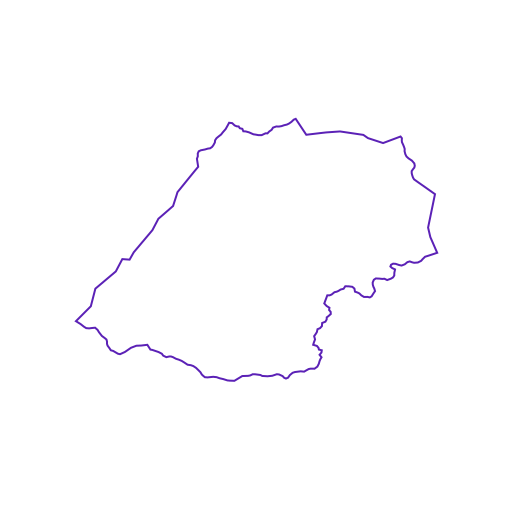 Alto Longá, Piauí, Brazil, rotated 57°
{"feature_id": "56859067B34833436466805", "entity_name": "Alto Longá", "entity_type": "district", "adm_level": 2, "iso_a3": "BRA", "parent_name": "Brazil", "parent_adm1": "Piauí", "projection": "robinson", "projection_center": [-42.12, -5.395], "detail": "fine", "context": "isolated", "style": "outline", "palette": "violet", "viewbox_px": 512, "rotation_deg": 57, "n_neighbors": 0, "source": "geoboundaries", "source_scale": "gbopen_adm2", "svg_char_len": 3328}
<svg xmlns="http://www.w3.org/2000/svg" viewBox="0 0 512 512"><g transform="rotate(57 256 256)"><path d="M352.0,102.3L335.1,99.5L325.9,96.2L301.6,72.2L282.9,79.7L277.8,81.7L275.7,81.6L273.3,81.0L271.3,80.3L269.6,79.2L268.7,77.0L268.1,75.1L266.8,73.7L264.6,72.8L260.9,73.3L257.2,74.9L254.5,75.6L251.9,75.3L249.0,74.3L247.2,73.0L245.4,72.5L242.9,72.0L240.0,71.6L238.3,70.7L236.7,69.5L234.5,69.7L233.3,75.2L231.5,83.3L230.5,87.9L218.1,97.9L212.9,100.0L197.3,117.7L190.6,129.8L187.8,135.4L181.7,147.8L162.6,148.0L162.2,150.1L162.8,153.2L162.9,156.2L162.6,158.5L161.6,161.3L161.0,163.8L160.0,166.1L158.4,168.5L157.6,171.8L158.7,174.2L158.8,177.2L159.4,179.6L158.3,181.2L157.7,185.5L155.9,188.2L154.0,190.2L152.5,191.9L148.5,194.5L145.9,196.8L144.5,198.7L141.9,198.2L140.0,200.0L137.9,200.0L136.8,201.5L134.9,202.8L131.6,203.6L129.6,206.0L130.9,208.3L133.0,212.3L134.2,216.5L135.1,219.1L135.4,222.5L135.7,225.0L136.7,227.3L138.4,228.7L139.9,231.5L140.6,233.4L140.7,235.8L139.7,237.9L138.9,240.7L137.3,244.7L137.0,247.0L138.3,249.0L140.7,250.5L142.3,252.6L149.7,255.9L151.2,260.8L153.8,268.9L159.7,287.1L161.9,289.7L168.9,298.3L171.2,314.6L171.6,317.6L172.8,319.7L176.1,325.6L177.9,328.8L186.3,356.5L190.2,364.0L185.8,369.8L192.6,382.0L195.5,405.2L195.9,408.5L208.2,421.9L212.6,442.5L217.5,440.2L221.6,438.8L224.0,437.7L225.8,435.4L227.1,432.7L228.5,430.0L231.7,429.1L234.3,429.2L239.1,428.8L242.6,427.5L244.6,426.9L246.7,427.6L248.5,428.8L250.3,429.3L253.8,429.1L256.0,429.1L257.8,427.5L262.8,425.0L264.3,423.5L265.1,418.2L264.9,410.8L266.1,405.2L268.6,401.0L271.3,395.5L277.0,395.5L278.3,394.1L283.5,390.0L286.7,388.2L289.0,388.1L292.0,386.3L293.0,383.5L294.0,382.0L295.5,380.8L298.6,379.1L300.9,377.2L303.6,375.4L306.4,374.1L309.9,372.6L312.1,370.1L314.2,368.5L317.2,367.2L320.3,366.5L323.2,365.9L325.9,366.0L327.9,365.5L329.8,364.9L331.4,362.8L334.0,357.7L336.2,355.0L338.6,353.2L341.4,350.5L344.8,347.7L346.3,345.8L348.9,342.1L349.2,332.9L352.2,327.9L353.0,326.0L353.4,323.1L354.6,321.3L358.2,317.1L360.0,316.1L363.1,311.9L365.3,307.6L366.5,302.9L367.9,301.2L371.2,299.1L373.5,298.7L375.1,297.6L375.5,295.4L374.3,292.4L373.9,288.9L374.5,286.6L377.0,281.4L379.2,278.6L379.3,276.2L379.5,273.4L380.2,271.6L382.4,268.3L382.2,264.8L380.6,262.0L378.9,260.1L377.7,258.4L376.6,256.2L373.5,256.5L372.6,253.7L370.9,252.2L368.7,254.2L367.1,253.6L364.6,253.9L361.6,256.4L360.0,254.5L358.1,251.9L354.9,250.9L353.8,248.1L352.9,246.3L350.9,244.3L351.4,241.6L350.7,238.9L348.2,237.0L348.9,233.6L347.7,231.3L346.0,230.1L345.9,228.2L345.4,224.9L343.5,223.8L341.1,224.1L339.4,222.6L336.4,224.0L333.0,224.6L331.2,222.2L329.6,220.0L327.8,217.6L329.1,215.6L329.5,213.6L329.1,209.9L329.9,207.7L330.2,205.8L330.2,203.3L331.2,200.4L330.0,197.6L332.0,194.7L334.3,192.0L336.9,191.2L339.8,192.4L342.0,190.7L343.7,189.7L346.4,189.1L349.2,187.7L351.0,184.8L352.7,183.1L352.8,181.0L351.3,177.8L350.3,175.3L347.6,174.5L345.8,174.3L343.7,173.7L341.8,172.6L340.1,170.1L340.1,167.7L342.2,164.8L344.0,162.6L345.0,160.7L347.6,159.1L348.5,155.2L348.6,152.8L347.7,150.7L345.4,149.1L343.0,146.7L340.2,148.4L338.0,149.0L336.9,147.5L337.1,145.2L338.6,143.2L341.5,140.9L343.3,139.1L344.0,135.7L343.6,132.4L344.3,130.0L346.3,128.5L347.8,127.1L349.6,123.8L350.0,120.1L349.4,118.1L348.7,114.6L349.5,111.8L352.0,102.3Z" fill="none" stroke="#5b21b6" stroke-width="2"/></g></svg>